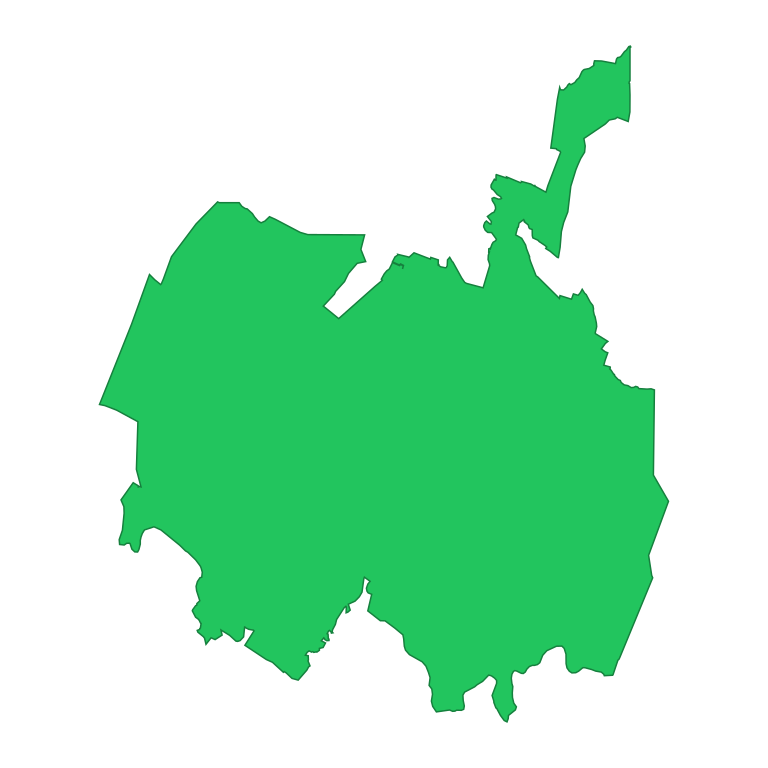 outline of Jojutla, Morelos, Mexico
{"feature_id": "50627088B48455449727603", "entity_name": "Jojutla", "entity_type": "district", "adm_level": 2, "iso_a3": "MEX", "parent_name": "Mexico", "parent_adm1": "Morelos", "projection": "robinson", "projection_center": [-99.217, 18.6], "detail": "fine", "context": "isolated", "style": "filled", "palette": "green", "viewbox_px": 768, "rotation_deg": 0, "n_neighbors": 0, "source": "geoboundaries", "source_scale": "gbopen_adm2", "svg_char_len": 6096}
<svg xmlns="http://www.w3.org/2000/svg" viewBox="0 0 768 768"><path d="M628.2,121.5L629.9,112.0L630.0,95.0L629.6,83.6L629.0,83.2L629.3,81.7L630.0,80.8L630.0,47.6L630.8,47.0L630.3,46.1L628.8,46.6L626.4,50.1L624.5,51.6L621.0,56.3L619.7,57.2L617.6,57.6L616.5,59.1L615.5,63.6L601.6,61.0L594.5,60.8L593.8,63.6L593.8,65.5L589.2,68.5L584.2,69.5L583.2,70.2L581.9,71.7L579.2,77.6L576.7,79.9L574.8,82.5L570.9,84.7L569.3,83.6L567.8,85.1L566.8,87.0L563.6,90.0L560.5,89.8L559.7,87.4L557.4,99.3L550.8,148.1L556.4,148.7L556.6,149.5L560.2,151.3L560.6,152.4L547.9,185.6L545.9,192.2L535.5,186.5L534.9,185.6L534.5,186.2L530.8,184.0L521.5,181.5L521.6,181.9L520.6,182.8L506.6,176.9L506.9,178.1L496.3,174.6L496.1,174.9L495.9,180.2L494.9,180.0L494.3,179.3L491.1,185.0L491.0,187.2L492.0,189.1L493.5,190.0L497.2,194.5L500.6,196.7L501.5,198.4L500.8,198.9L498.5,199.2L494.0,197.5L492.0,198.4L492.3,200.6L494.6,204.3L495.4,206.5L495.6,208.9L494.0,212.2L491.9,213.1L487.4,216.5L491.4,221.6L490.9,224.2L490.0,224.0L486.4,221.0L484.8,222.6L483.7,225.5L483.7,226.9L485.3,230.3L487.7,232.4L491.6,232.6L496.4,239.2L495.7,240.7L493.1,242.3L491.9,244.4L490.4,248.6L490.2,248.2L488.8,248.8L488.7,252.2L489.3,252.1L488.3,255.3L488.1,259.6L489.5,263.7L489.7,265.7L483.1,287.8L466.5,283.4L464.7,282.4L461.7,278.0L452.9,262.1L452.3,261.7L449.7,257.3L447.5,259.9L447.2,265.8L446.2,267.6L445.5,267.8L440.6,266.8L438.2,265.0L438.8,264.5L438.2,263.8L438.3,259.9L430.8,257.4L430.4,259.1L414.0,252.8L408.9,257.4L408.3,256.9L397.9,254.4L398.1,254.8L395.0,256.9L392.4,261.9L399.3,264.9L400.6,263.9L403.5,265.4L402.5,269.0L403.3,266.0L400.8,264.5L399.5,265.6L392.5,262.6L389.3,269.0L386.7,270.9L384.3,273.8L381.3,279.2L382.3,280.3L374.9,286.5L338.7,318.6L323.3,306.1L334.4,294.2L335.6,291.4L344.5,281.6L348.5,273.4L357.2,263.3L365.7,261.6L360.9,249.4L364.6,234.9L307.8,234.6L300.2,232.4L275.3,219.3L269.5,216.7L264.9,221.1L261.1,222.8L258.1,221.1L254.6,217.0L252.4,213.6L247.2,208.9L245.1,208.5L241.8,206.3L239.2,202.7L219.3,202.7L217.6,201.9L196.1,223.9L171.5,256.7L163.4,279.0L161.5,283.5L160.7,284.6L154.9,279.9L149.5,274.5L131.6,324.1L99.5,404.5L104.9,405.6L116.5,410.1L137.9,421.7L136.4,469.4L141.0,486.9L139.2,486.4L138.3,486.9L138.2,485.8L133.2,482.7L121.0,499.9L123.9,506.7L124.1,513.3L122.4,530.3L119.2,539.6L119.6,544.5L124.2,545.0L126.6,543.3L129.6,543.2L130.1,543.7L131.9,549.2L134.8,551.9L137.6,552.0L138.9,549.6L140.3,544.1L140.3,540.4L141.0,537.1L142.3,533.5L144.5,529.9L154.0,526.8L160.9,529.9L179.7,545.2L185.5,550.9L187.8,552.2L195.6,559.8L200.2,565.9L201.0,567.6L202.3,572.2L201.7,577.3L200.0,577.7L197.4,581.6L196.1,586.3L196.6,590.7L199.8,600.8L196.9,603.5L196.8,605.1L195.6,605.7L192.7,609.7L192.3,610.8L195.6,617.2L198.1,619.0L199.2,620.3L200.6,623.2L201.1,623.4L200.4,628.1L199.8,628.5L199.5,629.5L197.2,630.4L197.9,632.2L203.3,636.6L204.5,638.1L206.0,644.3L211.1,637.8L215.1,639.6L222.1,635.1L221.0,630.0L229.7,635.4L235.9,641.1L237.6,641.4L240.1,640.6L243.6,636.9L244.7,626.3L244.9,627.4L248.7,629.3L253.5,630.2L254.0,630.9L244.9,645.3L266.3,659.5L272.5,662.3L283.4,672.3L284.1,671.6L286.1,672.8L292.0,678.4L298.2,680.1L306.8,670.2L308.6,666.9L310.0,665.9L308.0,660.9L308.4,660.0L308.2,655.7L305.4,655.2L307.1,652.4L309.1,650.9L311.6,652.1L312.8,651.6L313.8,652.4L316.5,651.8L316.9,652.1L319.4,650.3L319.4,648.4L323.1,647.5L325.5,643.0L321.3,640.8L323.6,638.1L323.8,638.6L324.4,638.4L324.9,639.6L326.8,640.7L329.0,640.5L329.0,639.1L328.3,638.7L328.1,634.6L327.9,633.9L327.1,633.7L328.6,631.0L329.5,630.4L331.2,632.2L331.4,633.1L332.9,632.8L332.2,632.0L332.5,629.9L335.4,624.4L336.6,619.5L344.2,607.7L345.9,606.3L346.3,606.9L346.1,612.8L347.8,612.2L350.2,610.1L348.3,604.2L355.1,601.1L359.3,596.8L362.0,592.2L363.8,578.8L364.4,577.2L370.1,581.3L367.9,584.0L366.4,588.2L367.0,591.2L368.2,592.9L371.7,594.3L367.8,610.9L380.3,620.7L385.0,620.8L394.7,628.0L402.9,634.8L403.7,638.9L404.3,646.2L405.5,650.1L409.4,654.6L422.2,661.8L426.0,666.2L428.5,672.5L430.1,677.7L429.1,685.4L431.8,689.0L432.5,694.3L431.4,701.1L432.7,706.4L436.4,711.9L449.6,710.0L452.6,711.3L455.0,711.1L456.6,710.2L461.4,710.3L463.7,709.3L464.3,706.0L463.2,700.4L462.9,695.2L464.6,692.1L474.7,686.8L477.0,684.8L482.7,681.3L488.7,675.1L491.4,675.8L494.6,678.1L496.6,680.4L496.6,683.4L492.1,695.5L493.8,701.0L493.9,702.6L495.9,707.9L496.8,708.6L500.5,715.5L504.2,720.5L507.0,721.9L508.2,718.7L508.5,715.4L515.4,709.9L516.4,706.8L513.8,703.2L512.5,697.6L512.3,692.9L512.8,686.5L511.9,683.5L511.3,678.2L511.9,674.3L513.4,671.5L514.7,670.6L516.6,671.0L521.3,673.3L523.3,673.5L525.3,672.0L526.8,669.2L529.4,666.5L532.5,665.3L534.3,665.4L537.4,664.6L539.8,662.7L542.7,655.3L546.8,650.7L556.5,646.2L561.9,646.1L564.2,648.4L566.0,654.2L566.1,663.7L567.0,667.9L569.3,671.2L571.9,672.9L575.8,672.7L578.6,671.2L582.8,667.7L584.9,667.7L591.6,669.5L595.7,671.1L601.3,672.1L603.8,674.3L604.3,675.7L613.2,675.2L612.9,675.1L617.9,660.2L618.9,659.4L619.8,657.5L652.7,577.8L651.7,575.4L648.6,555.3L668.5,501.3L653.4,475.1L654.4,389.9L651.1,388.8L647.1,389.1L638.9,388.6L637.7,387.0L635.7,386.4L633.7,387.4L631.2,387.6L627.9,385.6L624.2,384.9L621.2,382.5L620.3,380.5L618.1,379.5L614.9,376.1L614.4,374.5L613.9,374.6L611.0,370.1L609.7,368.9L610.3,368.0L610.2,367.0L603.8,365.2L605.1,360.4L607.8,352.8L605.2,351.8L601.4,348.9L605.4,343.4L607.9,341.4L595.5,333.7L595.2,333.0L596.7,326.6L596.4,323.2L595.1,316.8L594.2,314.8L593.4,310.9L593.5,308.6L592.9,305.6L590.2,302.1L586.2,294.6L584.7,293.3L582.2,289.3L580.4,292.6L578.2,295.3L573.4,293.9L571.5,299.2L560.0,295.6L559.4,298.4L537.7,276.9L536.1,275.9L530.5,261.4L529.4,257.6L529.7,257.0L526.5,248.6L525.6,245.0L521.7,238.3L515.7,234.9L517.6,227.5L518.3,227.1L519.0,223.1L523.7,219.6L524.6,221.3L524.2,221.7L528.2,224.9L529.0,227.7L529.6,228.6L532.2,229.5L532.3,235.7L532.9,237.9L537.9,240.2L539.2,241.6L544.9,245.4L546.7,247.0L545.7,248.5L550.2,251.3L557.4,257.4L558.4,257.6L560.1,247.4L561.4,231.6L563.7,222.4L567.8,211.9L570.8,186.3L575.9,169.7L577.8,165.0L580.7,158.5L584.6,152.2L585.2,146.0L583.9,138.5L605.4,123.9L609.3,120.0L615.2,118.8L617.3,117.3L628.2,121.5Z" fill="#22c55e" stroke="#15803d" stroke-width="1.5"/></svg>